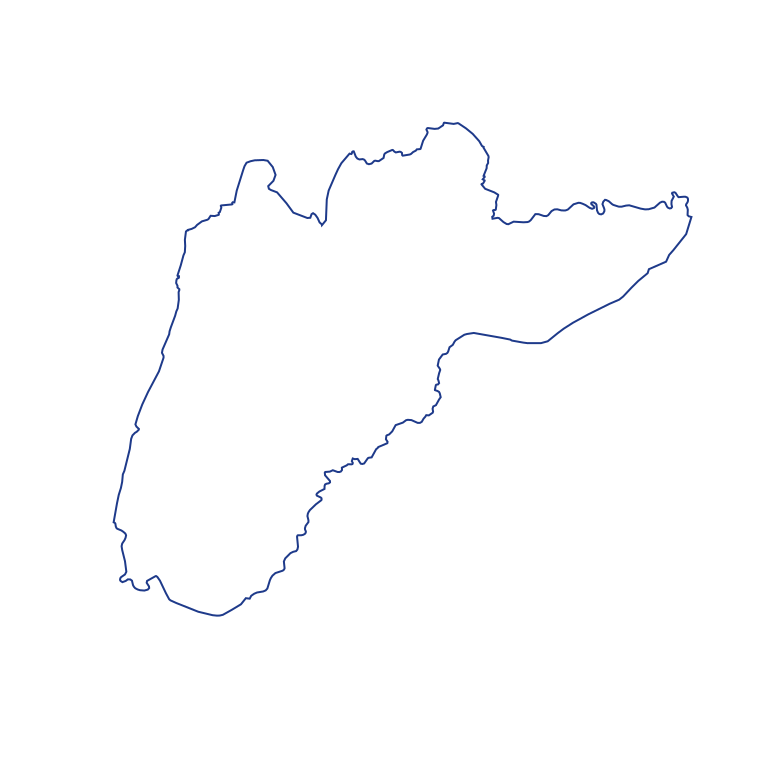 outline of Nong Chik, Pattani, Thailand, rotated 289°
{"feature_id": "78962969B59272581561490", "entity_name": "Nong Chik", "entity_type": "district", "adm_level": 2, "iso_a3": "THA", "parent_name": "Thailand", "parent_adm1": "Pattani", "projection": "natural_earth1", "projection_center": [101.184, 6.781], "detail": "fine", "context": "isolated", "style": "outline", "palette": "blue", "viewbox_px": 768, "rotation_deg": 289, "n_neighbors": 0, "source": "geoboundaries", "source_scale": "gbopen_adm2", "svg_char_len": 6166}
<svg xmlns="http://www.w3.org/2000/svg" viewBox="0 0 768 768"><g transform="rotate(289 384 384)"><path d="M503.4,542.7L516.4,554.5L533.3,571.2L540.3,578.9L544.5,581.6L555.6,586.6L564.3,590.9L574.6,597.2L578.8,597.1L591.5,610.9L598.9,611.6L604.7,614.0L624.1,620.9L642.0,620.3L641.8,617.5L642.6,616.0L647.7,614.5L649.5,613.3L651.2,611.4L652.3,611.2L654.5,611.8L656.1,611.8L657.9,611.2L659.0,610.2L659.2,608.2L658.8,606.8L656.6,601.8L656.8,601.1L659.7,597.3L659.8,596.0L658.7,594.3L657.9,594.3L655.5,597.0L650.8,596.3L647.7,597.2L645.2,598.7L643.8,598.3L643.0,597.0L643.1,595.3L643.8,593.9L647.0,590.8L647.4,589.4L646.9,587.6L645.3,585.9L638.9,582.3L635.4,577.3L634.1,574.0L633.4,569.6L632.8,557.7L631.5,554.8L629.0,550.9L628.1,548.1L628.0,542.5L628.3,541.1L630.0,537.0L630.3,534.1L630.1,533.0L627.8,532.0L625.2,532.0L621.8,534.9L620.6,535.7L619.1,536.1L616.6,535.7L615.1,534.1L614.8,532.3L615.5,530.7L617.5,528.9L622.7,526.5L623.4,525.6L624.0,523.1L623.5,521.6L622.4,521.0L621.6,521.5L620.4,524.5L619.7,525.2L618.6,525.2L617.4,523.7L617.5,521.1L618.8,516.3L619.1,513.0L619.1,510.5L618.6,508.8L615.6,504.7L608.9,501.1L607.9,500.0L607.1,498.9L606.4,496.8L605.9,495.1L605.6,491.0L604.5,488.3L602.0,486.1L597.1,484.3L595.6,482.9L594.9,480.3L594.9,474.9L593.9,471.8L586.7,469.4L584.9,468.3L583.9,467.1L582.3,463.2L579.7,453.7L575.6,449.6L575.2,447.9L576.0,444.2L578.3,438.7L578.1,437.3L575.6,432.8L577.3,431.9L578.9,432.9L580.9,432.6L583.5,430.6L584.0,430.8L584.9,432.7L585.3,432.9L589.8,432.0L592.6,430.6L599.3,430.6L600.1,430.3L601.1,425.9L601.5,416.1L604.5,411.2L604.9,411.2L605.9,412.4L608.8,413.0L609.2,412.9L609.7,410.7L612.6,411.8L613.1,411.5L613.2,410.4L621.4,410.8L624.1,410.0L626.9,410.5L629.2,409.6L632.5,409.1L633.6,408.5L639.9,401.1L640.6,401.1L641.0,399.1L644.6,395.0L649.4,386.4L652.4,378.3L654.7,369.6L654.7,368.8L652.6,365.2L650.7,355.9L650.3,355.6L647.8,355.6L643.2,352.1L641.7,348.8L640.3,342.1L639.6,341.4L638.3,341.3L636.5,343.1L635.7,343.4L633.8,343.3L626.8,341.8L618.3,342.0L617.9,341.7L616.5,338.6L615.0,338.1L612.8,336.0L610.4,334.7L609.4,333.7L606.0,327.4L606.3,326.7L608.4,325.7L608.9,324.2L608.7,323.0L606.8,319.8L607.1,318.2L608.1,316.3L608.0,315.6L604.3,311.5L602.4,309.9L601.2,309.5L597.6,310.0L593.1,306.6L592.7,305.6L592.3,303.0L591.8,302.2L588.4,300.5L586.9,298.2L586.9,296.0L589.2,293.2L589.7,292.0L589.7,290.6L588.3,287.6L588.5,285.4L589.8,283.3L594.1,279.7L594.0,279.1L593.2,278.4L591.3,278.5L590.8,278.2L590.6,276.4L578.9,271.8L572.1,270.6L566.1,270.0L548.9,268.7L539.9,269.8L519.9,275.8L514.0,273.6L514.7,273.2L515.8,270.5L519.4,267.1L521.7,263.9L522.4,261.3L521.0,260.2L517.2,260.2L516.0,257.5L516.5,242.5L523.1,233.0L530.4,220.5L530.6,213.9L531.1,211.6L533.4,210.1L540.1,213.3L546.4,213.4L552.9,208.2L557.2,201.3L556.5,197.0L553.4,188.9L551.2,185.3L548.5,182.0L544.5,181.2L540.5,181.2L518.9,181.8L507.0,183.4L506.6,181.8L505.8,181.5L504.7,182.1L504.3,181.8L499.8,171.9L499.3,171.7L497.7,172.8L493.1,172.8L492.1,171.9L490.8,172.6L490.1,172.6L487.7,169.3L486.6,165.3L482.7,164.3L481.7,163.4L478.5,158.9L473.6,155.5L470.7,154.3L468.0,151.6L465.9,148.5L465.5,148.7L464.8,147.7L463.7,147.1L455.5,148.8L449.8,151.1L443.7,152.8L440.4,152.5L429.9,153.2L419.3,153.4L418.8,153.9L419.1,154.4L419.2,155.0L418.3,155.4L417.3,155.3L416.5,154.3L415.6,153.9L414.3,154.0L411.8,154.6L409.6,156.8L408.0,157.3L407.0,159.6L406.2,159.9L404.0,159.9L396.8,162.6L388.2,164.3L385.0,164.0L380.5,164.3L368.2,164.0L364.0,164.1L361.0,164.7L344.5,163.4L341.2,163.9L338.8,166.4L337.1,167.0L322.7,167.1L299.6,163.5L286.0,162.1L273.4,161.7L264.9,162.1L263.2,163.7L261.7,166.9L260.9,167.0L258.4,165.8L256.7,164.4L253.5,162.9L249.8,162.8L239.8,164.8L217.4,166.8L213.5,166.5L206.2,168.3L200.0,169.1L192.8,169.3L184.2,170.4L165.2,173.4L165.1,174.6L164.6,175.4L161.8,176.9L160.6,178.1L160.3,178.9L160.0,183.4L159.4,185.6L158.4,188.1L157.0,189.4L154.5,189.7L152.0,189.5L147.9,188.4L145.2,188.7L141.8,190.5L132.1,196.8L122.6,201.5L119.6,201.1L115.8,198.3L114.5,197.9L112.8,198.2L112.0,199.1L111.5,201.2L113.7,203.9L115.9,205.4L116.6,207.8L116.0,209.7L112.1,212.2L110.9,213.5L109.9,215.3L109.5,218.0L109.6,220.5L110.7,224.7L112.7,227.6L114.6,228.4L116.1,227.7L118.8,224.3L120.7,224.1L128.0,230.6L128.2,231.1L127.8,232.5L125.1,236.2L115.2,245.9L110.5,251.0L109.9,252.6L109.3,258.9L108.2,282.5L109.6,297.2L110.6,301.5L111.6,304.1L113.3,306.8L120.8,313.5L129.2,320.5L136.5,323.1L137.3,326.9L140.5,327.4L143.4,329.5L145.5,331.8L148.5,337.3L150.3,339.3L152.6,340.3L161.2,340.0L163.6,340.2L166.4,340.9L169.9,342.9L174.5,349.0L176.0,349.9L177.4,350.0L183.6,347.1L187.0,347.4L193.6,350.6L195.8,352.8L197.4,355.3L199.3,356.0L202.1,355.7L211.3,351.5L212.5,351.5L212.9,351.8L214.1,355.1L215.0,356.6L216.4,357.9L217.9,358.4L219.2,358.1L220.7,356.7L221.9,356.2L224.5,356.1L228.8,357.5L230.6,356.9L234.2,354.6L236.7,354.2L238.5,354.4L240.7,355.0L248.1,358.8L253.8,362.6L254.8,362.5L255.7,362.0L256.1,361.1L256.6,356.9L257.3,356.2L258.5,356.2L261.3,357.9L265.4,361.9L268.3,361.0L269.8,361.0L271.0,362.1L272.1,364.1L273.4,365.0L274.7,364.5L278.5,358.0L280.8,356.9L281.7,357.1L283.5,361.3L285.8,363.7L285.7,368.8L286.2,370.4L287.2,371.7L289.0,372.3L291.2,371.4L294.9,375.2L296.4,376.1L297.5,379.5L298.0,380.2L299.2,380.2L300.6,378.7L303.4,378.7L303.4,380.8L304.6,383.5L301.1,387.9L301.3,389.5L302.4,391.1L308.6,392.9L309.3,393.6L310.6,396.2L319.8,397.8L321.3,398.8L322.5,399.1L329.1,406.4L330.5,406.2L332.4,403.8L335.8,403.1L336.4,403.4L338.0,405.3L341.9,407.2L348.9,408.4L353.6,414.4L357.0,416.7L357.9,418.2L358.8,421.7L358.2,428.5L359.0,430.7L360.5,432.0L364.1,432.7L366.5,433.7L368.3,434.1L368.9,436.6L372.7,439.4L373.9,439.4L376.4,438.0L378.8,437.9L380.9,440.0L387.2,441.1L390.0,441.9L393.3,439.8L394.4,438.7L394.8,436.9L394.8,434.2L395.1,434.0L399.8,433.4L400.4,433.7L401.2,435.2L402.8,435.8L405.1,434.3L406.2,433.2L412.2,432.6L415.6,432.6L416.6,431.8L418.8,428.8L425.0,428.0L431.0,429.9L432.7,432.8L434.0,433.8L435.6,434.1L440.1,434.0L443.4,436.3L447.0,436.9L448.7,437.5L456.7,443.9L458.3,446.2L461.5,452.3L465.9,480.0L467.1,488.9L466.7,490.8L468.5,502.3L469.4,506.6L473.8,519.2L477.7,524.9L488.6,531.7L494.8,535.9L503.4,542.7Z" fill="none" stroke="#1e3a8a" stroke-width="2"/></g></svg>